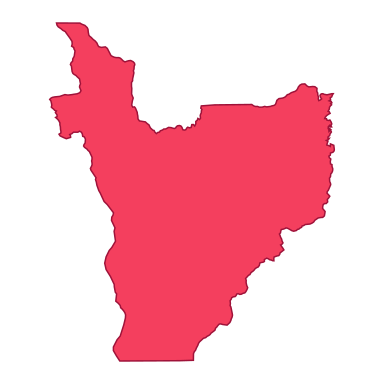 Bodoquena, Mato Grosso do Sul, Brazil
{"feature_id": "56859067B40627411909048", "entity_name": "Bodoquena", "entity_type": "district", "adm_level": 2, "iso_a3": "BRA", "parent_name": "Brazil", "parent_adm1": "Mato Grosso do Sul", "projection": "albers", "projection_center": [-56.688, -20.537], "detail": "fine", "context": "isolated", "style": "filled", "palette": "rose", "viewbox_px": 384, "rotation_deg": 0, "n_neighbors": 0, "source": "geoboundaries", "source_scale": "gbopen_adm2", "svg_char_len": 5894}
<svg xmlns="http://www.w3.org/2000/svg" viewBox="0 0 384 384"><path d="M330.5,129.8L329.8,128.4L328.2,128.5L328.3,126.7L329.6,125.4L330.0,126.8L331.6,126.9L330.9,125.2L331.8,124.0L331.2,122.1L329.9,120.0L328.5,120.5L326.9,120.1L326.5,118.7L324.7,118.6L325.2,117.3L326.6,115.6L328.6,114.2L330.1,113.4L329.3,111.8L328.1,111.4L329.3,109.1L329.5,107.2L330.4,105.9L331.6,104.8L330.6,103.4L331.9,102.8L331.2,101.5L329.1,100.8L330.6,99.9L330.2,97.8L331.7,96.9L332.3,95.2L333.2,93.7L331.8,93.7L327.0,94.8L324.1,94.3L322.9,93.7L321.2,93.9L320.0,95.3L320.7,97.6L321.6,98.9L320.1,100.1L318.8,100.6L318.3,99.0L318.5,96.9L317.8,95.2L317.7,93.0L316.8,91.3L317.0,88.3L314.9,86.7L312.8,86.5L308.9,86.9L307.3,86.2L304.9,83.9L301.8,84.1L299.9,85.1L298.4,86.9L297.6,88.7L296.7,90.1L295.4,91.2L291.2,92.7L289.0,94.2L287.3,94.7L285.5,96.7L284.1,97.5L282.5,98.1L278.9,98.6L276.9,100.3L276.4,101.8L276.0,103.1L275.4,104.4L274.4,105.3L273.1,105.6L271.8,105.9L270.5,106.4L266.7,106.9L264.7,106.4L262.3,107.1L259.5,107.2L257.4,106.4L255.7,106.5L254.2,106.1L253.0,105.4L251.8,104.5L214.6,104.9L201.3,105.9L200.8,108.2L201.9,109.4L201.4,110.7L201.3,112.8L200.6,114.2L200.2,115.6L200.5,118.2L199.5,119.5L197.9,118.4L197.2,120.3L195.8,121.4L195.8,123.8L194.7,126.0L193.3,124.5L191.8,124.6L191.1,127.5L189.5,127.8L187.7,127.2L186.7,128.1L185.8,129.7L184.4,130.1L182.8,129.7L182.0,127.4L180.9,126.0L179.4,125.5L177.6,125.8L176.4,126.6L175.8,127.8L174.5,128.5L172.9,128.2L171.1,127.6L168.5,127.4L166.8,128.4L165.6,129.0L163.8,129.0L162.5,130.0L160.3,130.8L159.5,132.1L157.9,132.4L156.3,133.6L154.7,131.9L154.1,130.5L152.7,130.1L151.6,129.0L150.5,128.0L149.8,126.7L149.0,124.9L147.2,123.6L145.4,121.9L139.4,120.9L138.0,118.9L137.8,115.9L137.4,114.1L137.2,112.3L135.5,108.2L134.5,106.9L132.7,107.1L131.7,105.2L132.0,103.1L132.4,100.8L133.2,98.0L132.4,96.2L131.6,94.0L131.8,88.4L131.5,86.3L131.5,82.5L132.6,80.8L132.6,79.0L133.4,75.3L133.9,72.9L133.4,70.7L134.0,69.0L134.2,66.1L134.8,64.8L134.5,63.2L133.1,61.7L130.7,60.5L128.8,60.7L126.9,61.2L125.0,61.9L123.3,61.0L121.7,59.4L120.4,58.2L118.8,57.6L116.3,57.6L114.5,57.3L112.8,56.6L111.0,55.6L107.3,48.4L105.4,46.9L101.3,47.4L98.9,46.7L98.0,45.6L96.9,43.0L95.2,41.0L93.1,39.4L91.2,37.4L89.9,36.4L88.9,35.3L88.3,32.3L88.0,29.3L87.2,27.6L84.9,25.4L81.6,24.1L80.0,23.1L56.5,23.0L57.0,25.1L58.2,26.8L61.1,28.8L62.8,30.3L65.3,31.6L66.2,33.0L69.9,38.1L72.0,41.4L72.2,44.1L71.6,46.2L73.7,47.5L74.0,49.0L75.0,50.9L74.2,56.3L72.8,58.8L72.6,61.2L71.1,62.7L70.4,64.6L71.4,66.0L72.1,71.5L72.9,73.4L74.2,74.5L75.9,75.4L77.1,76.7L79.5,78.9L80.5,83.9L79.8,85.4L79.5,87.0L81.0,90.7L79.8,92.7L77.1,93.8L73.6,94.3L72.0,94.6L68.7,95.0L67.3,95.0L64.9,94.6L59.7,96.4L54.7,96.9L52.3,97.4L50.7,98.3L49.7,99.4L50.9,100.9L51.5,103.4L51.8,105.3L51.3,107.1L52.4,108.2L53.6,109.1L54.7,110.4L56.4,111.0L55.4,112.6L57.0,114.8L57.1,116.7L55.6,117.4L57.9,119.5L59.0,121.1L59.9,122.9L59.9,124.9L60.4,126.8L60.5,129.3L60.9,131.3L60.9,133.0L59.0,134.2L60.1,135.9L63.7,137.6L66.3,138.7L70.6,137.4L70.5,135.8L69.7,134.5L71.7,133.8L73.5,132.2L77.9,132.2L79.5,131.2L81.4,132.2L82.3,133.9L82.7,136.3L84.3,136.9L85.4,139.0L85.3,141.2L85.1,143.0L84.0,144.6L83.6,146.0L84.5,147.3L87.0,149.1L88.0,150.4L89.4,151.6L92.0,157.2L92.0,159.3L91.6,160.9L92.0,162.8L92.1,164.6L91.5,166.3L90.4,168.4L90.9,170.1L93.5,174.0L94.6,175.7L96.0,177.7L95.5,179.6L96.3,182.0L96.9,185.2L98.8,190.6L100.2,193.0L104.1,201.5L107.3,204.6L113.5,212.8L113.0,215.2L111.8,217.1L111.5,220.4L115.0,227.9L114.1,231.3L115.5,241.2L111.8,247.5L109.2,250.5L106.1,256.9L104.7,263.2L106.1,269.5L110.4,276.4L114.2,284.4L114.3,286.8L115.3,292.2L116.6,293.9L115.8,301.2L118.3,303.3L120.2,305.5L120.7,307.8L121.9,308.8L123.6,310.8L124.8,312.6L125.6,314.9L125.4,318.1L123.8,324.8L120.2,336.1L117.1,339.7L113.4,347.0L113.4,350.6L116.4,355.8L119.8,361.0L179.9,360.7L193.4,360.3L193.5,353.7L194.2,351.9L195.6,350.1L196.4,348.0L197.8,345.4L198.5,343.4L199.5,341.9L203.4,338.3L205.7,337.6L207.1,336.3L208.8,335.5L210.1,334.5L211.0,333.2L213.7,331.2L215.0,330.1L215.5,328.2L216.8,327.0L217.7,325.7L219.2,324.1L220.7,323.9L222.7,324.5L227.1,325.1L229.9,322.5L230.9,320.4L231.2,319.1L232.1,317.1L232.5,315.1L232.1,312.9L230.9,307.0L230.1,305.6L230.4,303.5L230.1,300.7L231.2,299.2L231.7,297.7L233.4,296.8L235.1,296.6L236.0,295.7L236.8,294.0L238.2,293.7L239.7,294.4L241.3,294.2L243.1,293.3L244.8,292.9L245.9,291.6L247.0,289.5L247.7,287.7L246.7,285.4L246.1,282.5L246.2,280.3L245.6,278.5L247.1,276.9L248.5,275.3L249.9,274.6L251.0,272.6L253.2,271.0L254.2,270.0L255.3,268.5L257.0,267.5L258.2,267.0L259.4,265.3L259.8,263.0L261.3,262.5L263.1,262.2L264.4,261.5L264.4,259.5L266.7,258.2L268.4,258.8L269.5,259.7L271.4,260.1L272.6,260.7L273.9,260.8L273.8,258.5L274.1,257.0L276.9,256.0L278.8,255.6L279.7,254.4L280.0,253.0L283.9,249.9L282.9,248.2L280.6,245.0L281.8,244.4L283.0,242.9L282.1,241.1L281.6,239.0L280.6,237.2L280.1,235.6L279.4,234.0L280.5,232.9L280.8,230.9L281.3,229.5L283.0,229.2L284.8,228.6L286.0,227.9L287.7,228.3L289.9,229.5L291.9,230.7L293.7,231.2L296.4,230.5L297.5,229.4L298.9,229.1L300.0,228.1L301.6,227.3L302.1,226.0L303.6,225.6L305.3,224.5L310.1,224.0L312.1,223.1L313.7,222.0L314.9,220.2L318.3,217.9L321.0,217.5L322.7,217.4L324.4,215.9L324.9,213.0L325.1,211.5L322.6,208.4L322.8,206.2L323.2,204.6L324.5,203.6L326.2,203.5L327.7,201.9L327.3,199.5L328.7,197.9L329.8,196.2L327.0,193.1L327.3,191.5L328.3,190.3L330.7,184.7L330.5,183.3L329.7,181.5L329.5,178.1L330.5,176.7L330.6,175.3L330.8,173.8L331.8,172.8L332.6,170.9L332.8,168.9L332.0,166.3L332.0,164.6L330.5,163.9L330.3,161.5L330.8,159.0L329.3,157.7L328.9,156.1L330.3,155.2L330.5,153.0L332.9,152.3L334.1,150.9L334.3,149.5L333.8,145.3L330.4,143.9L330.3,146.4L328.5,145.5L326.8,145.0L327.2,143.4L327.9,141.5L326.4,140.4L328.3,139.8L329.3,138.3L328.0,138.5L328.0,137.0L329.7,135.5L330.0,134.0L331.4,132.0L330.5,129.8ZM330.5,129.8L329.0,131.4L328.8,129.8L330.5,129.8Z" fill="#f43f5e" stroke="#9f1239" stroke-width="1.5"/></svg>